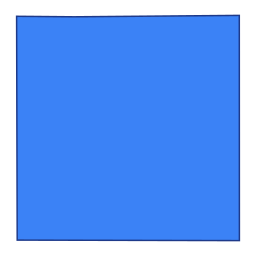 the district of Borden, Texas, United States of America
{"feature_id": "52423323B58948144984010", "entity_name": "Borden", "entity_type": "district", "adm_level": 2, "iso_a3": "USA", "parent_name": "United States of America", "parent_adm1": "Texas", "projection": "albers", "projection_center": [-101.45, 32.744], "detail": "fine", "context": "isolated", "style": "filled", "palette": "blue", "viewbox_px": 256, "rotation_deg": 0, "n_neighbors": 0, "source": "geoboundaries", "source_scale": "gbopen_adm2", "svg_char_len": 208}
<svg xmlns="http://www.w3.org/2000/svg" viewBox="0 0 256 256"><path d="M16.6,16.3L17.2,240.1L239.4,240.6L239.4,238.8L239.3,15.4L74.2,16.8L16.6,16.3Z" fill="#3b82f6" stroke="#1e3a8a" stroke-width="1.5"/></svg>